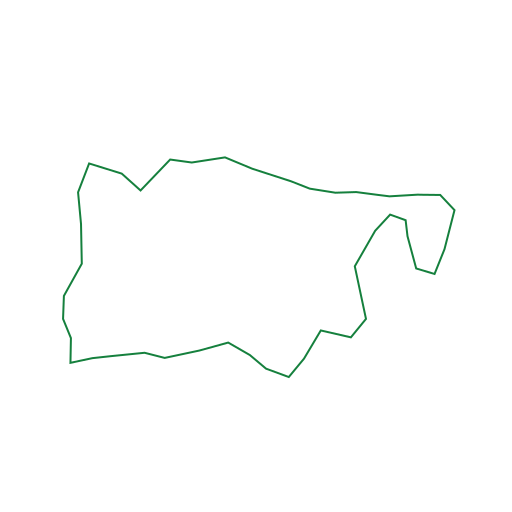 the district of Xyliatos, Nicosia, Cyprus, rotated 78°
{"feature_id": "46923920B57039776858603", "entity_name": "Xyliatos", "entity_type": "district", "adm_level": 2, "iso_a3": "CYP", "parent_name": "Cyprus", "parent_adm1": "Nicosia", "projection": "albers", "projection_center": [33.036, 35.022], "detail": "fine", "context": "isolated", "style": "outline", "palette": "green", "viewbox_px": 512, "rotation_deg": 78, "n_neighbors": 0, "source": "geoboundaries", "source_scale": "gbopen_adm2", "svg_char_len": 759}
<svg xmlns="http://www.w3.org/2000/svg" viewBox="0 0 512 512"><g transform="rotate(78 256 256)"><path d="M143.8,319.9L167.9,355.3L147.5,370.2L130.8,400.0L156.7,416.8L188.3,420.5L227.3,428.0L255.1,452.2L277.4,457.8L297.8,454.1L321.9,459.7L321.9,437.3L323.8,418.7L327.5,385.1L336.7,366.5L336.7,331.1L334.9,301.2L351.6,282.6L368.3,269.6L381.2,249.1L366.4,230.4L342.3,208.1L355.3,180.1L340.4,161.5L320.0,161.5L286.6,161.5L256.0,134.1L255.4,133.2L243.4,116.2L252.1,102.2L259.5,102.9L260.7,103.0L268.1,103.7L301.5,101.9L310.7,85.1L288.5,70.2L252.4,52.3L234.6,63.1L230.7,80.5L229.6,85.2L225.4,113.0L221.6,124.0L214.3,144.7L210.6,165.2L201.3,189.4L190.2,206.2L169.8,241.6L153.1,265.8L151.2,299.4L143.8,319.9Z" fill="none" stroke="#15803d" stroke-width="2"/></g></svg>